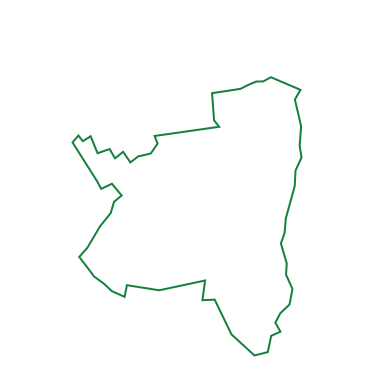 the district of Pinhal, Rio Grande do Sul, Brazil, rotated 199°
{"feature_id": "56859067B67721139652283", "entity_name": "Pinhal", "entity_type": "district", "adm_level": 2, "iso_a3": "BRA", "parent_name": "Brazil", "parent_adm1": "Rio Grande do Sul", "projection": "orthographic", "projection_center": [-53.229, -27.534], "detail": "fine", "context": "isolated", "style": "outline", "palette": "green", "viewbox_px": 384, "rotation_deg": 199, "n_neighbors": 0, "source": "geoboundaries", "source_scale": "gbopen_adm2", "svg_char_len": 889}
<svg xmlns="http://www.w3.org/2000/svg" viewBox="0 0 384 384"><g transform="rotate(199 192 192)"><path d="M79.8,57.8L68.2,65.3L70.3,81.8L62.9,88.7L70.7,95.6L69.0,106.2L63.2,117.3L65.4,133.0L76.2,144.5L79.1,155.2L91.2,172.3L91.1,183.4L94.7,197.6L96.8,231.0L101.1,246.0L99.7,260.4L105.2,270.6L110.2,289.5L115.2,297.7L124.8,312.9L122.7,323.9L154.8,326.2L160.6,319.8L167.3,317.3L173.4,311.8L179.8,305.3L205.2,292.0L194.5,267.0L187.6,262.5L245.6,232.8L240.3,226.6L243.5,215.0L254.5,208.1L259.9,199.9L270.2,207.6L275.7,198.8L283.9,205.8L293.9,197.9L306.0,211.7L311.8,204.5L317.8,208.4L321.1,200.0L284.9,171.0L278.9,165.4L270.4,173.7L257.4,165.8L262.5,157.4L262.0,145.6L267.8,129.5L272.8,105.2L277.5,93.9L266.7,86.8L257.0,80.2L245.3,76.6L235.6,72.2L221.6,70.9L223.2,82.7L191.0,88.4L150.8,112.6L146.9,93.1L135.5,97.6L108.3,70.2L79.8,57.8Z" fill="none" stroke="#15803d" stroke-width="2"/></g></svg>